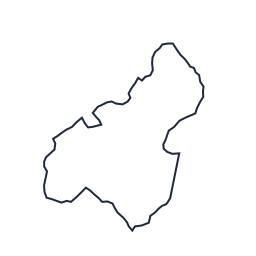 outline of Macuco, Rio de Janeiro, Brazil, rotated 202°
{"feature_id": "56859067B22562861602233", "entity_name": "Macuco", "entity_type": "district", "adm_level": 2, "iso_a3": "BRA", "parent_name": "Brazil", "parent_adm1": "Rio de Janeiro", "projection": "natural_earth1", "projection_center": [-42.27, -22.033], "detail": "fine", "context": "isolated", "style": "outline", "palette": "slate", "viewbox_px": 256, "rotation_deg": 202, "n_neighbors": 0, "source": "geoboundaries", "source_scale": "gbopen_adm2", "svg_char_len": 1345}
<svg xmlns="http://www.w3.org/2000/svg" viewBox="0 0 256 256"><g transform="rotate(202 128 128)"><path d="M63.9,71.8L62.6,78.6L71.0,123.7L77.1,120.7L82.4,120.5L87.1,122.1L89.1,126.0L88.7,131.0L89.0,135.6L89.2,140.9L85.7,146.1L83.0,154.0L78.0,159.8L73.9,163.8L71.0,166.9L71.5,171.7L71.0,178.5L69.9,185.0L72.2,190.1L73.5,194.7L78.3,197.9L81.9,203.7L86.2,205.0L89.4,208.4L93.4,208.2L97.0,210.8L101.4,213.3L106.8,215.5L112.9,219.5L118.0,223.1L122.6,221.3L127.5,218.3L128.6,213.7L131.3,208.9L131.7,202.6L129.8,196.8L126.6,190.8L127.1,185.2L131.1,182.0L132.8,177.2L137.4,178.3L138.1,172.5L139.8,165.6L140.4,160.3L137.1,156.8L138.3,152.2L141.9,147.9L148.1,146.2L153.2,146.4L157.0,144.0L160.6,139.9L164.0,136.3L166.3,128.8L161.3,126.1L157.4,124.3L154.0,121.0L157.4,118.7L160.6,116.2L165.2,113.6L169.4,115.9L174.6,120.3L178.1,113.6L180.4,107.9L184.5,103.4L187.7,98.6L190.6,93.8L193.4,89.9L189.6,86.4L188.1,80.6L190.2,76.1L193.0,70.3L193.2,65.5L191.3,60.9L186.8,57.4L184.3,43.2L181.5,37.5L177.4,32.9L171.8,33.5L166.9,33.7L161.8,33.9L157.6,37.4L153.2,38.2L149.8,44.8L147.0,51.3L144.7,56.9L139.8,55.9L134.1,53.7L128.6,51.9L124.3,49.8L119.5,52.2L114.1,52.2L110.6,49.1L106.3,45.8L98.3,42.9L93.4,40.0L90.4,37.1L85.6,34.5L84.7,39.3L78.7,42.8L73.3,47.9L74.3,55.1L71.2,59.9L69.5,64.5L67.1,68.8L63.9,71.8Z" fill="none" stroke="#1e293b" stroke-width="2"/></g></svg>